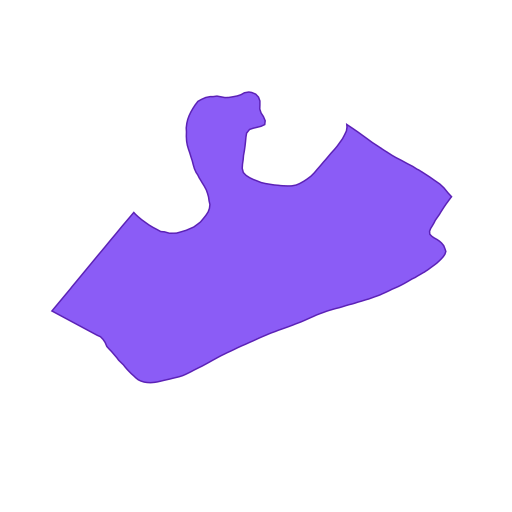 Nu'man, Al Bayda', Yemen, rotated 40°
{"feature_id": "15242507B35371213994170", "entity_name": "Nu'man", "entity_type": "district", "adm_level": 2, "iso_a3": "YEM", "parent_name": "Yemen", "parent_adm1": "Al Bayda'", "projection": "orthographic", "projection_center": [45.536, 14.622], "detail": "fine", "context": "isolated", "style": "filled", "palette": "violet", "viewbox_px": 512, "rotation_deg": 40, "n_neighbors": 0, "source": "geoboundaries", "source_scale": "gbopen_adm2", "svg_char_len": 3947}
<svg xmlns="http://www.w3.org/2000/svg" viewBox="0 0 512 512"><g transform="rotate(40 256 256)"><path d="M135.0,429.3L185.3,418.8L188.7,417.8L192.5,418.2L196.0,419.2L199.9,421.2L203.5,421.7L206.5,422.0L210.7,422.7L214.9,423.4L217.7,424.1L221.6,424.4L224.5,424.6L227.2,425.2L229.7,425.6L230.2,425.7L233.0,426.0L236.0,426.3L239.4,426.4L242.2,426.6L245.4,426.5L248.1,425.8L251.3,424.5L253.9,422.9L256.7,420.8L259.4,418.1L261.4,415.8L263.3,413.3L265.2,410.7L267.1,408.2L269.1,405.6L270.8,403.2L272.8,400.5L273.7,399.3L274.8,397.8L276.7,394.8L278.2,391.8L279.8,388.2L281.0,385.4L281.1,385.0L282.4,381.9L284.1,378.0L285.5,374.9L285.8,374.1L287.3,370.3L288.5,367.2L289.8,363.7L290.9,360.9L292.1,357.8L293.4,354.6L294.7,351.7L296.1,348.5L297.6,345.4L299.1,342.1L300.9,338.0L302.9,333.8L304.7,330.3L306.6,326.3L308.3,322.9L309.9,319.5L311.2,316.7L312.8,313.5L314.4,310.4L314.6,310.0L315.8,307.6L317.3,304.8L319.3,301.4L320.9,298.4L322.4,295.9L324.4,292.5L326.4,289.1L328.2,285.9L328.5,285.4L329.8,282.9L331.5,279.9L332.9,277.4L334.6,274.0L336.0,271.1L337.5,268.0L338.8,265.4L340.3,262.2L342.2,258.8L343.9,255.9L345.6,252.9L347.3,250.2L348.0,249.2L349.3,247.2L351.1,244.6L352.9,242.2L354.5,239.8L356.7,236.3L358.7,233.3L360.5,230.9L362.1,228.5L363.6,226.0L365.8,222.8L367.9,219.5L369.1,217.7L369.9,216.6L371.4,214.0L373.0,211.2L374.8,208.2L376.2,205.7L376.7,204.5L377.6,202.7L379.0,199.8L380.5,196.5L381.6,193.9L383.2,190.8L384.6,188.0L385.9,185.0L387.2,181.8L388.2,179.1L388.5,178.3L389.2,176.3L390.3,173.2L391.7,170.2L392.6,167.4L393.9,163.9L394.6,161.9L395.0,160.8L395.3,160.2L396.0,157.7L396.2,157.2L396.8,154.9L397.5,151.9L398.3,148.7L398.4,148.3L399.1,145.2L399.5,142.1L399.8,139.0L399.9,136.1L399.8,135.3L399.6,133.3L398.5,130.5L395.9,128.9L393.1,127.4L389.8,126.8L387.0,126.7L384.1,127.0L381.0,127.6L380.1,127.7L378.2,127.9L376.9,127.8L375.1,127.6L373.0,125.4L372.6,124.1L372.1,122.7L371.7,119.9L371.1,116.3L370.4,113.4L370.1,110.1L369.8,106.4L369.3,103.4L368.9,100.3L368.5,97.0L368.2,93.9L367.7,86.1L367.7,84.9L362.3,84.2L356.1,83.0L350.5,82.7L344.3,83.3L338.3,83.8L331.8,84.6L325.3,85.5L323.4,86.0L318.6,86.6L312.4,88.0L305.8,89.3L299.8,90.7L294.6,91.6L294.1,91.6L286.1,92.7L278.8,93.5L272.2,94.3L266.0,94.7L260.3,95.1L254.6,95.5L248.3,96.1L241.0,96.9L242.8,98.7L244.9,102.1L246.0,106.4L246.9,110.6L247.2,114.5L247.6,119.8L247.6,124.1L247.4,128.6L247.4,133.4L247.4,136.6L247.4,137.5L247.3,140.5L247.3,142.2L247.3,146.3L247.2,150.4L247.2,154.8L246.8,159.5L245.7,164.2L244.6,167.9L242.9,172.4L241.1,175.9L238.3,179.3L237.1,180.4L235.1,182.1L231.6,184.8L229.5,186.3L227.8,187.4L224.4,189.8L220.4,192.2L216.7,194.4L212.8,196.4L208.5,197.8L204.8,199.1L200.8,200.1L196.9,200.6L196.0,200.6L192.6,200.2L189.1,197.7L186.6,194.3L184.2,190.4L181.8,187.0L179.4,182.8L176.9,178.8L174.3,174.9L171.8,171.3L169.8,167.9L169.7,163.2L171.8,159.8L174.1,156.7L176.5,153.4L178.2,149.7L176.1,146.5L172.0,144.4L168.0,143.2L164.4,141.0L161.9,137.8L159.3,134.7L155.8,132.7L151.7,132.2L147.6,133.5L145.1,135.0L142.2,138.4L140.8,142.1L138.7,145.5L136.1,148.7L133.3,152.0L130.4,154.6L127.0,156.5L123.3,158.6L120.6,161.6L118.5,163.3L115.6,166.9L113.6,171.0L112.1,174.9L112.3,179.4L112.8,183.4L113.5,187.4L114.5,191.3L115.9,195.2L117.7,198.8L120.2,202.7L123.0,205.7L125.7,209.1L129.0,212.6L132.2,215.3L135.5,217.5L139.0,219.6L142.5,221.9L145.9,224.0L149.1,226.3L152.7,228.7L156.4,230.5L159.2,231.3L162.4,232.7L164.3,233.3L167.7,234.5L171.4,235.7L175.4,237.3L178.8,239.3L181.7,241.3L184.6,243.9L187.6,246.2L189.7,249.4L191.0,253.0L191.2,254.6L191.5,257.1L191.6,261.6L191.6,265.7L190.7,269.7L189.7,273.8L186.0,281.2L182.5,286.5L180.3,289.7L175.1,294.2L170.4,296.3L167.3,298.5L163.3,299.3L158.7,300.3L154.3,301.0L149.3,301.4L145.1,301.7L141.2,301.7L140.5,301.7L136.7,301.5L134.4,301.2L134.3,319.9L134.4,329.0L134.4,333.9L134.4,337.6L134.5,346.1L134.5,356.0L134.7,382.2L134.8,397.5L134.8,398.5L134.9,400.0L135.0,429.3Z" fill="#8b5cf6" stroke="#5b21b6" stroke-width="1.5"/></g></svg>